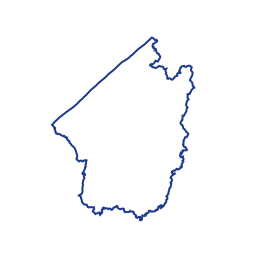 the district of Brickaville, Atsinanana, Madagascar, rotated 208°
{"feature_id": "10022922B71585303896889", "entity_name": "Brickaville", "entity_type": "district", "adm_level": 2, "iso_a3": "MDG", "parent_name": "Madagascar", "parent_adm1": "Atsinanana", "projection": "mercator", "projection_center": [48.731, -18.667], "detail": "fine", "context": "isolated", "style": "outline", "palette": "blue", "viewbox_px": 256, "rotation_deg": 208, "n_neighbors": 0, "source": "geoboundaries", "source_scale": "gbopen_adm2", "svg_char_len": 5668}
<svg xmlns="http://www.w3.org/2000/svg" viewBox="0 0 256 256"><g transform="rotate(208 128 128)"><path d="M196.5,95.1L192.9,93.9L193.1,93.4L192.0,93.1L191.7,91.8L190.1,90.9L189.8,89.9L188.6,89.4L188.0,89.8L187.5,89.5L187.1,89.6L186.4,90.4L185.5,90.3L184.8,90.5L183.4,90.2L182.1,90.5L181.4,90.3L180.8,91.1L180.3,91.1L179.7,90.5L179.1,90.5L178.4,90.3L177.8,91.0L176.9,90.5L176.6,89.6L176.1,89.1L175.5,88.9L174.7,89.1L174.2,88.8L173.5,88.8L173.0,87.7L171.1,87.1L169.6,86.3L165.9,85.4L163.4,83.4L159.9,79.7L159.1,78.2L159.2,76.7L158.5,76.1L157.7,76.2L155.7,75.4L155.0,76.4L154.0,77.3L152.6,77.1L152.0,77.4L151.7,78.7L150.7,79.2L150.0,80.0L149.5,80.0L149.3,79.7L149.1,78.3L148.5,77.2L148.2,75.4L147.1,74.0L147.4,73.0L146.8,71.1L146.9,69.8L146.5,68.3L147.0,67.2L147.0,66.6L146.4,66.1L144.9,67.2L144.0,66.7L143.9,66.1L144.4,65.0L144.4,64.7L143.0,63.3L142.9,62.5L143.1,61.8L142.3,58.5L142.0,57.9L140.7,56.1L140.5,54.5L138.4,50.6L138.0,49.3L138.2,47.6L138.9,46.9L139.6,45.3L137.9,45.3L136.9,44.9L136.6,44.0L134.7,42.4L134.2,41.4L131.9,40.1L130.8,40.0L130.1,40.4L129.2,40.4L128.3,40.8L126.3,39.3L125.7,39.3L124.8,40.1L123.8,40.4L123.2,41.0L121.5,41.4L120.9,42.0L119.8,40.5L120.1,38.4L120.0,37.9L119.8,37.7L118.6,37.6L116.4,36.8L116.1,37.7L115.1,38.1L114.3,38.9L113.8,40.0L113.2,40.1L112.9,39.4L111.9,38.3L111.1,40.9L111.4,42.0L111.9,42.2L112.7,43.4L112.7,43.8L112.1,44.4L112.1,44.9L112.6,45.6L112.1,46.4L111.9,46.4L111.6,45.6L111.2,45.4L109.5,47.1L107.3,47.2L106.6,48.2L105.6,48.5L104.8,47.9L103.7,48.3L103.4,49.9L103.4,50.8L103.0,51.1L102.7,51.8L101.7,52.2L101.6,53.7L101.3,54.0L100.6,53.9L99.3,52.7L98.4,52.4L96.5,52.7L95.6,54.0L94.7,54.2L94.2,54.7L93.7,54.7L93.4,53.7L92.6,53.3L91.7,52.4L91.2,52.3L90.7,52.9L89.7,53.4L88.5,53.6L87.6,54.6L87.2,55.9L86.1,55.6L85.5,55.9L84.8,56.4L84.2,56.5L83.3,56.3L83.2,55.7L82.5,55.0L79.8,54.6L79.3,53.6L79.4,53.1L79.1,53.0L78.4,53.2L77.8,52.9L76.8,54.5L75.7,55.2L75.4,54.8L75.0,53.9L74.5,53.4L74.6,53.0L74.3,52.5L73.9,52.3L73.6,52.8L73.1,52.9L72.8,53.8L73.5,54.7L73.4,55.0L73.7,55.1L73.6,55.9L74.1,57.4L73.8,57.3L73.6,57.7L72.2,58.0L72.1,58.6L71.4,59.0L72.2,59.7L71.7,60.1L71.9,60.3L71.8,61.3L71.3,61.1L71.0,61.3L70.1,63.3L70.7,64.3L70.6,64.7L69.8,65.1L69.4,65.5L68.4,65.1L67.5,65.4L65.7,66.7L64.6,68.0L64.9,68.9L64.5,69.3L63.8,69.3L63.4,71.0L64.0,71.8L64.2,72.8L63.5,73.1L63.5,73.6L63.1,74.6L62.3,74.1L61.7,72.8L61.3,72.7L61.2,73.4L60.6,74.1L60.5,74.6L61.2,75.4L60.3,75.4L59.9,75.8L60.2,76.3L60.0,76.6L60.0,77.8L59.9,78.0L60.1,78.8L59.5,80.0L59.8,81.3L60.5,82.2L59.9,83.6L60.5,84.5L60.7,85.4L62.0,85.7L61.6,87.4L61.7,88.3L61.4,89.1L62.2,90.5L62.3,91.7L63.1,94.3L62.7,95.0L62.7,96.4L63.4,97.8L63.5,99.1L63.8,99.4L64.6,99.5L64.8,99.9L64.4,101.9L64.6,102.6L65.9,103.7L66.9,104.1L67.2,104.4L66.6,107.3L65.2,109.6L65.4,109.9L65.7,109.9L66.4,109.0L67.3,108.8L68.4,109.2L68.7,110.0L68.6,110.5L67.8,111.4L67.4,112.2L66.2,112.8L66.0,114.6L65.7,115.0L64.2,115.0L63.7,115.4L62.2,118.9L62.5,119.3L63.0,119.1L62.7,119.9L63.2,120.4L63.6,121.4L63.3,122.4L63.8,123.7L63.5,124.5L64.5,124.8L64.3,125.5L64.4,126.8L65.9,127.7L66.1,128.5L66.3,128.3L66.7,127.6L67.5,127.0L68.2,127.3L68.5,127.7L68.9,127.8L69.2,128.2L69.2,128.8L68.8,129.3L68.6,129.9L68.9,130.4L69.7,130.4L69.8,131.3L69.4,131.6L68.6,131.4L68.6,132.8L69.1,133.4L68.6,133.7L68.8,134.2L67.9,134.8L66.9,135.1L66.0,135.7L65.7,136.2L66.1,136.4L66.3,136.9L66.9,137.3L68.5,138.0L69.3,137.7L71.5,138.8L71.7,139.6L71.5,139.9L72.1,140.7L72.5,141.7L72.4,142.3L73.1,143.1L73.2,143.6L73.0,145.4L73.2,146.5L72.6,146.8L72.5,147.5L71.7,148.2L71.9,148.9L71.8,150.4L72.2,151.3L73.4,151.8L75.1,152.1L76.7,153.2L79.2,153.8L80.6,155.5L81.1,155.8L81.8,155.8L82.2,156.3L83.5,156.5L84.2,157.6L84.1,159.5L83.7,160.4L83.8,160.7L84.1,160.7L84.1,161.3L84.6,162.3L84.9,163.6L85.6,164.4L84.5,164.9L84.3,165.2L84.6,166.8L84.4,167.9L84.3,170.2L85.3,173.0L85.0,174.0L87.0,175.0L87.8,176.1L88.5,179.3L88.4,180.3L87.9,181.7L89.7,182.7L90.0,183.2L90.2,184.5L90.6,184.7L91.3,185.7L90.7,186.5L89.5,187.0L89.8,188.5L89.5,189.6L89.8,191.4L89.3,192.6L89.2,194.0L88.4,194.7L89.5,195.5L90.6,195.6L91.8,197.4L93.4,198.6L95.6,199.1L95.9,199.6L96.0,204.5L96.8,207.1L98.2,208.0L99.1,208.2L99.4,208.5L99.9,209.5L100.2,211.5L102.8,212.0L104.4,210.8L105.3,209.3L106.8,208.8L107.5,209.2L109.4,207.7L110.0,205.8L109.7,205.6L109.8,205.0L109.5,204.0L109.7,202.6L109.3,201.9L107.9,201.8L107.5,201.4L108.0,200.7L109.4,200.2L109.9,199.7L109.8,198.1L109.7,197.8L109.1,197.6L109.0,197.4L110.6,195.5L110.8,194.2L110.7,193.8L111.1,193.1L111.3,191.7L111.9,191.3L112.6,191.2L113.8,191.6L114.6,191.4L115.5,190.3L116.4,190.1L116.8,190.3L116.7,191.1L117.0,191.4L118.6,192.8L120.1,193.6L120.1,194.7L121.3,195.5L122.1,197.0L122.0,198.2L122.9,197.4L124.2,197.0L125.3,198.2L125.9,198.5L126.2,198.5L127.9,197.7L129.6,197.5L130.1,196.7L130.1,196.0L131.7,193.9L133.0,193.9L134.9,193.2L135.4,193.3L136.1,194.0L137.4,193.5L138.1,193.9L138.0,194.9L136.4,195.8L135.5,197.0L135.3,198.0L135.4,199.4L135.1,199.8L135.1,200.4L134.4,200.6L133.4,200.4L132.9,200.7L132.7,204.4L132.9,206.0L133.5,206.5L135.0,207.2L135.8,208.0L136.5,207.9L136.8,207.6L137.5,207.8L138.5,208.5L139.7,209.7L140.1,209.5L139.9,210.0L140.4,210.7L141.2,210.9L142.2,210.2L142.9,210.5L143.5,211.6L144.1,211.1L144.8,211.8L145.3,213.8L145.3,214.2L144.5,214.9L143.5,217.4L143.1,217.6L142.9,218.1L143.1,218.7L144.3,219.2L145.0,218.4L145.6,218.3L147.1,219.0L149.4,219.1L152.7,209.5L156.1,202.2L158.5,194.9L159.7,192.3L160.1,190.5L162.7,185.7L164.2,183.5L168.1,172.0L170.7,166.0L171.1,164.2L172.3,160.7L175.0,154.4L176.1,150.6L178.8,143.7L180.7,136.5L181.5,134.9L181.5,133.9L183.3,129.2L184.0,126.3L186.1,120.7L190.0,113.0L193.5,105.1L195.5,99.2L196.5,95.1Z" fill="none" stroke="#1e3a8a" stroke-width="2"/></g></svg>